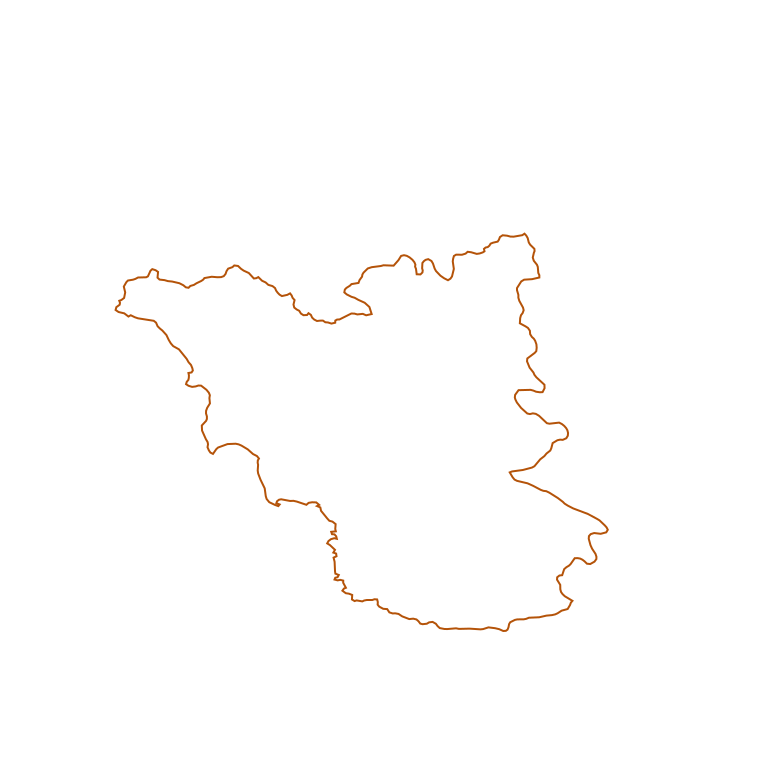 Araçuaí, Minas Gerais, Brazil (Equal Earth projection), rotated 301°
{"feature_id": "56859067B18918264125998", "entity_name": "Araçuaí", "entity_type": "district", "adm_level": 2, "iso_a3": "BRA", "parent_name": "Brazil", "parent_adm1": "Minas Gerais", "projection": "equal_earth", "projection_center": [-41.973, -16.895], "detail": "fine", "context": "isolated", "style": "outline", "palette": "amber", "viewbox_px": 768, "rotation_deg": 301, "n_neighbors": 0, "source": "geoboundaries", "source_scale": "gbopen_adm2", "svg_char_len": 6166}
<svg xmlns="http://www.w3.org/2000/svg" viewBox="0 0 768 768"><g transform="rotate(301 384 384)"><path d="M505.1,344.5L505.7,340.7L505.6,337.5L504.7,334.8L502.6,332.7L497.6,332.6L490.4,331.3L485.5,322.4L483.5,320.5L477.8,313.3L474.7,310.6L468.9,309.1L466.7,309.1L464.7,309.9L460.5,309.5L457.5,310.1L452.9,304.7L450.6,304.1L447.0,302.3L444.8,301.8L442.1,302.8L441.6,306.0L442.0,311.3L442.8,314.4L442.9,318.6L443.7,325.6L442.5,331.8L437.6,337.4L433.7,333.3L433.2,329.7L429.9,325.3L429.1,322.4L427.6,319.7L416.4,312.6L415.1,310.6L413.3,309.6L411.4,310.6L408.7,307.8L407.9,304.3L406.7,301.9L406.9,299.0L405.4,296.6L403.5,294.1L403.3,290.9L403.9,288.2L405.6,285.7L405.8,282.8L403.5,282.5L401.5,279.5L401.6,276.5L403.1,273.6L402.9,270.8L403.3,267.7L405.5,265.5L409.9,264.1L410.8,261.2L412.3,259.3L413.3,256.8L410.6,255.2L406.8,251.2L406.8,248.4L407.5,245.8L408.5,243.4L410.1,241.2L410.5,238.0L409.4,233.8L410.1,230.2L409.7,226.3L410.9,221.2L408.9,220.0L407.4,218.1L409.5,211.0L408.9,205.3L409.1,202.1L410.0,198.1L408.5,194.6L406.1,193.9L402.6,191.0L399.5,190.9L396.8,191.5L393.9,191.1L391.7,189.3L389.7,186.2L387.2,181.1L382.3,175.5L380.4,175.3L378.2,174.3L373.8,171.4L371.0,170.0L368.3,167.5L365.8,166.9L364.8,164.3L365.3,161.2L365.0,156.7L362.7,149.6L360.9,145.8L360.0,142.4L357.9,137.8L358.5,135.1L363.7,132.6L363.9,129.6L363.1,126.2L360.8,125.5L354.7,126.2L353.0,125.2L348.6,118.3L346.1,116.8L344.2,115.2L340.8,111.2L338.6,110.7L333.5,110.8L329.2,115.0L323.9,116.9L320.7,115.6L319.0,114.2L317.6,115.9L315.8,116.6L312.0,115.0L309.2,115.8L309.0,119.4L310.8,125.0L310.2,130.2L312.5,131.5L312.9,136.1L313.6,139.3L319.6,154.1L319.2,157.0L316.9,160.2L316.1,163.5L315.7,166.4L313.9,172.3L310.9,176.8L309.0,180.4L307.9,183.8L308.1,190.4L303.9,201.9L302.0,205.3L300.9,208.8L298.8,211.6L297.1,213.2L294.8,213.1L292.7,210.7L291.0,212.3L288.8,213.5L286.8,214.2L284.3,213.8L281.9,214.4L281.8,217.4L282.7,221.0L284.9,223.8L287.1,225.7L288.4,228.1L287.6,234.8L286.3,238.4L284.7,240.5L282.0,241.6L277.7,244.8L272.6,244.7L269.4,245.3L267.1,246.6L265.0,248.9L262.8,250.2L260.8,250.5L254.6,249.2L250.4,252.0L245.0,259.7L243.4,262.7L241.7,264.2L238.9,265.3L236.9,268.1L235.8,270.5L236.0,273.4L241.8,273.8L244.1,274.5L251.9,280.8L256.4,287.6L257.4,290.5L257.8,293.6L257.8,300.9L256.5,307.8L256.8,312.2L255.7,315.2L253.5,315.2L251.4,316.3L249.9,317.7L244.8,320.3L242.5,322.2L238.4,327.4L233.1,335.5L227.0,340.4L225.0,342.6L223.6,346.5L224.2,352.9L224.9,356.3L227.0,356.6L226.4,353.1L228.4,352.7L230.7,353.6L232.2,355.2L235.4,363.8L237.2,366.5L238.3,369.8L240.5,379.7L243.3,380.6L245.6,383.3L247.6,386.9L247.0,390.7L244.9,389.5L245.4,393.0L242.9,395.3L239.5,404.6L238.6,407.6L239.5,410.7L239.0,414.7L234.6,416.9L232.9,418.6L230.1,414.9L228.5,416.8L229.6,419.0L228.8,421.5L227.0,423.3L226.2,420.8L223.6,418.4L220.8,417.3L218.1,417.4L218.1,420.5L216.6,427.4L213.4,427.4L214.0,430.3L211.9,432.0L209.2,430.2L206.2,433.2L198.2,438.5L196.4,440.0L197.0,443.6L194.5,443.7L192.8,442.0L190.9,442.3L191.8,445.4L193.6,447.4L194.5,450.3L192.6,451.4L189.7,456.3L188.0,455.0L185.4,454.8L185.0,459.0L186.2,461.9L186.8,465.4L182.8,467.5L182.8,470.6L184.4,472.0L186.5,477.4L188.2,478.5L189.9,480.4L192.8,485.2L194.6,486.7L195.8,489.1L193.9,491.0L191.6,492.2L190.7,494.5L190.9,499.1L192.7,502.7L191.0,506.2L191.8,509.6L193.2,511.7L194.4,514.9L194.2,519.3L195.5,526.7L197.9,529.9L198.9,533.1L198.4,535.8L197.3,538.5L198.0,540.8L200.6,544.2L202.9,545.4L205.1,548.2L205.2,552.0L204.1,554.6L203.5,557.5L205.1,561.9L206.5,564.4L211.7,571.6L212.7,574.4L218.4,583.4L223.4,593.1L225.0,595.2L229.2,598.9L231.9,605.0L233.2,609.1L233.7,613.4L235.2,615.6L237.1,616.4L239.6,616.0L242.6,614.9L244.8,614.9L249.2,617.7L250.9,619.5L254.2,624.9L255.9,626.8L258.3,628.6L264.0,637.2L269.1,642.5L272.4,647.0L274.7,649.4L276.9,650.9L281.2,653.0L285.7,657.3L290.4,657.3L292.8,656.8L295.2,657.2L295.2,648.3L295.9,645.2L296.9,642.9L298.8,640.9L302.6,638.5L305.4,633.1L307.5,632.0L310.2,633.0L311.9,635.2L318.1,633.8L320.9,634.7L323.5,636.1L325.7,636.7L332.9,637.2L334.5,639.7L335.4,642.1L335.6,644.6L335.3,647.2L334.5,650.5L335.9,653.5L340.1,655.9L343.3,656.2L345.3,655.1L347.3,652.8L350.0,647.2L352.2,644.0L356.8,639.2L359.2,638.0L361.8,638.5L364.5,640.9L367.2,646.9L371.3,650.9L374.3,650.9L375.7,648.7L376.5,646.2L378.1,639.0L378.1,636.0L377.6,625.6L374.8,610.3L374.4,604.1L374.5,600.4L375.1,598.0L375.8,591.7L376.0,581.7L375.7,578.3L374.5,575.6L374.0,572.9L373.5,564.1L372.8,558.2L369.5,547.9L369.3,545.1L370.3,542.3L373.0,537.3L375.0,538.8L381.8,547.3L388.6,553.9L391.0,555.3L399.9,556.7L404.8,558.6L408.1,559.1L412.6,560.8L415.1,560.5L420.2,559.0L425.1,561.6L427.0,563.6L428.2,566.0L431.4,568.2L434.3,568.2L436.8,567.0L438.8,565.0L440.0,562.9L440.9,560.1L441.3,557.2L441.1,554.0L435.2,546.3L434.3,543.8L436.6,533.3L436.6,529.5L435.5,526.7L433.4,524.6L432.5,522.0L434.1,513.8L436.6,507.4L438.4,504.6L439.8,503.1L442.2,502.0L448.0,502.5L454.5,512.7L455.3,515.5L455.7,518.3L457.2,521.9L458.7,524.1L463.1,523.8L466.0,521.9L468.2,511.2L469.4,508.1L470.8,506.2L473.0,500.4L477.1,494.9L479.7,493.7L488.4,497.2L490.6,497.6L493.7,496.2L496.5,494.2L498.9,491.3L500.0,489.1L500.5,486.5L502.0,483.6L504.8,481.6L506.2,478.5L506.3,475.6L506.0,469.2L510.6,466.8L513.5,466.0L516.2,466.3L519.2,465.7L521.1,463.8L525.0,457.1L527.2,454.7L529.6,453.3L532.9,449.7L534.7,448.6L542.6,448.8L545.6,450.4L550.1,456.9L555.3,462.3L557.3,461.1L558.6,459.1L563.6,455.5L565.0,453.7L566.8,448.9L569.0,446.4L573.6,444.9L575.5,444.6L577.3,443.3L578.7,437.5L579.9,435.2L583.1,432.0L584.5,429.5L585.2,427.0L582.8,425.9L577.1,419.3L575.5,416.5L574.5,413.1L572.6,409.1L569.7,407.7L566.8,408.2L564.6,408.1L561.2,404.6L559.2,403.1L556.9,403.1L554.8,402.4L553.3,400.8L551.3,400.1L549.5,401.8L547.7,400.9L545.2,398.8L543.3,396.5L541.8,390.8L540.4,387.6L537.8,386.8L535.0,384.3L532.0,379.2L529.7,378.0L526.8,378.8L524.5,379.8L518.6,384.6L511.2,386.9L508.5,386.7L505.9,385.4L505.6,381.1L505.9,376.6L507.6,370.4L509.0,368.0L512.5,363.9L513.9,361.3L513.8,357.6L511.8,355.7L509.8,354.9L507.5,354.6L502.8,357.1L501.3,358.7L499.4,359.5L496.7,358.8L494.9,355.5L499.2,352.1L500.6,350.2L502.5,349.4L504.0,347.4L505.1,344.5Z" fill="none" stroke="#b45309" stroke-width="2"/></g></svg>